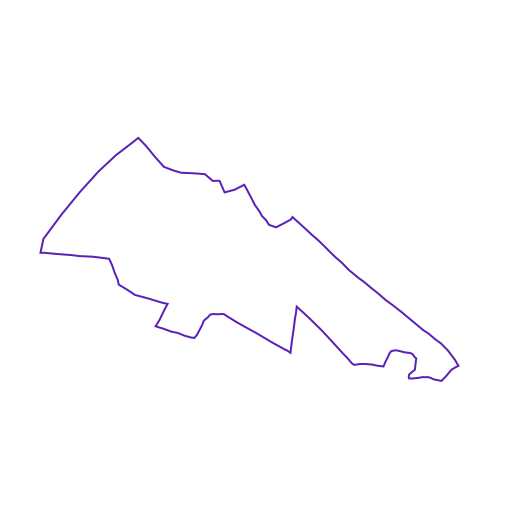 Al-Khidhir, Al-Muthannia, Iraq, rotated 97°
{"feature_id": "34846034B6386295193387", "entity_name": "Al-Khidhir", "entity_type": "district", "adm_level": 2, "iso_a3": "IRQ", "parent_name": "Iraq", "parent_adm1": "Al-Muthannia", "projection": "robinson", "projection_center": [45.705, 31.261], "detail": "fine", "context": "isolated", "style": "outline", "palette": "violet", "viewbox_px": 512, "rotation_deg": 97, "n_neighbors": 0, "source": "geoboundaries", "source_scale": "gbopen_adm2", "svg_char_len": 2071}
<svg xmlns="http://www.w3.org/2000/svg" viewBox="0 0 512 512"><g transform="rotate(97 256 256)"><path d="M326.3,54.1L321.7,59.9L320.2,61.8L316.8,68.0L312.0,75.2L309.3,80.8L304.8,87.8L299.8,95.6L294.4,103.9L289.0,112.8L283.8,122.1L278.3,130.2L273.4,138.2L268.8,145.2L265.2,151.7L258.4,162.4L252.5,169.6L247.6,176.9L241.9,184.4L237.8,189.5L232.8,196.2L228.3,202.9L223.8,209.1L219.0,215.8L214.0,223.0L212.9,224.6L215.6,225.9L220.4,232.7L225.1,239.6L223.5,246.9L219.5,250.1L217.8,252.2L215.5,255.0L211.2,258.1L205.8,263.1L195.8,269.9L186.7,276.3L192.8,285.3L196.7,294.9L185.8,301.4L186.7,308.2L181.0,316.7L181.6,329.6L182.5,340.3L181.2,348.2L178.8,358.2L169.7,368.6L160.4,378.3L154.0,386.1L153.1,387.2L157.6,391.6L173.2,407.5L191.4,422.7L214.0,438.6L238.2,453.9L265.0,469.1L279.1,470.3L278.6,466.3L278.3,454.7L277.6,439.7L277.6,431.0L276.6,418.3L276.6,408.4L276.6,401.5L282.7,397.7L286.4,395.9L290.8,393.7L296.7,390.2L301.1,388.8L305.0,380.1L307.7,374.6L309.4,371.4L311.3,357.8L313.8,343.4L314.3,337.9L320.1,340.2L331.1,343.9L338.0,347.1L339.4,339.3L341.4,330.6L341.9,324.3L343.8,317.3L344.8,310.7L344.8,307.2L341.9,305.2L338.2,303.7L330.4,300.8L326.7,300.0L325.0,298.5L323.0,296.5L319.6,294.2L318.9,291.9L318.4,286.1L317.7,282.9L317.7,280.6L319.6,276.8L323.8,267.6L327.7,258.3L329.4,254.0L333.0,245.0L339.9,229.4L344.8,217.2L346.2,213.2L347.9,210.0L338.2,210.0L321.3,209.7L313.0,209.7L308.9,209.4L305.7,209.4L302.0,209.4L301.3,209.4L306.4,202.2L311.6,195.0L322.3,181.1L331.1,170.7L342.1,157.9L345.7,153.3L350.8,147.8L352.1,145.2L350.6,139.7L349.9,135.1L349.6,127.9L350.1,122.4L350.1,118.3L350.1,116.0L345.2,114.6L340.3,112.8L336.4,111.7L334.0,110.2L333.3,108.5L332.5,105.3L333.0,100.7L333.5,96.9L333.5,93.1L333.5,90.8L334.5,88.5L336.7,86.5L338.1,84.5L342.3,84.5L346.4,84.5L349.6,84.5L352.5,87.4L354.2,88.8L355.2,89.7L356.9,89.7L358.9,89.1L358.4,85.3L357.2,80.1L355.9,75.8L355.7,72.9L355.2,71.2L355.7,67.4L356.7,65.1L357.4,56.7L352.0,52.6L346.2,48.9L344.7,47.7L342.3,44.6L340.3,41.7L334.7,46.0L330.1,50.4L326.3,54.1Z" fill="none" stroke="#5b21b6" stroke-width="2"/></g></svg>